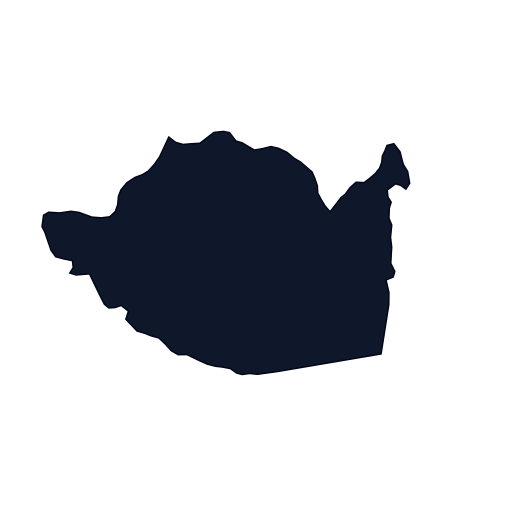 the district of Prata, Paraíba, Brazil, rotated 61°
{"feature_id": "56859067B2509544079783", "entity_name": "Prata", "entity_type": "district", "adm_level": 2, "iso_a3": "BRA", "parent_name": "Brazil", "parent_adm1": "Paraíba", "projection": "orthographic", "projection_center": [-37.099, -7.688], "detail": "fine", "context": "isolated", "style": "filled", "palette": "ink", "viewbox_px": 512, "rotation_deg": 61, "n_neighbors": 0, "source": "geoboundaries", "source_scale": "gbopen_adm2", "svg_char_len": 1597}
<svg xmlns="http://www.w3.org/2000/svg" viewBox="0 0 512 512"><g transform="rotate(61 256 256)"><path d="M224.6,81.0L222.8,87.8L226.3,92.0L229.8,97.0L235.1,100.7L239.2,105.5L241.8,112.0L243.3,119.3L244.2,125.9L240.0,132.7L241.8,140.6L245.2,147.9L246.1,153.3L250.6,163.6L253.2,169.8L245.9,171.3L239.2,171.6L231.0,171.5L224.3,168.3L216.6,166.9L209.7,166.2L202.3,169.0L195.7,171.3L189.4,175.1L180.4,178.6L172.8,184.0L167.5,189.9L165.2,198.4L162.5,206.1L156.4,209.7L150.3,213.2L145.7,217.8L135.3,219.3L131.2,224.2L127.5,232.9L130.2,250.4L126.1,258.9L123.1,265.7L117.5,271.3L109.7,274.6L122.5,292.2L126.5,300.3L129.5,309.1L129.8,315.9L128.6,323.8L129.3,333.3L132.7,342.1L137.1,347.4L144.1,352.1L148.9,357.5L150.8,364.9L147.6,372.8L142.4,380.7L132.1,389.6L127.2,396.1L123.1,406.9L117.2,416.1L117.3,422.0L126.5,428.9L132.5,429.1L151.7,432.5L159.6,431.5L165.3,425.6L171.1,418.8L177.5,421.5L180.6,427.1L185.3,422.7L190.9,410.3L213.4,411.6L224.6,412.0L230.1,409.9L232.7,404.4L233.9,397.9L242.4,394.3L248.2,400.5L258.2,397.9L264.0,396.4L269.6,390.8L274.8,386.6L280.6,380.7L288.8,378.1L297.8,376.0L304.6,371.9L308.7,364.3L315.4,359.5L320.1,356.2L326.8,351.2L332.7,345.0L336.5,339.7L342.0,333.0L349.0,329.7L352.9,325.6L355.7,318.5L360.2,312.0L367.5,293.1L402.3,194.1L362.9,163.4L352.3,157.4L340.0,153.9L340.9,146.2L336.8,142.1L327.8,141.7L319.5,136.5L314.0,133.0L304.9,129.3L294.8,122.3L287.4,121.4L278.6,116.1L274.5,111.7L268.5,112.0L262.0,109.3L260.5,99.0L264.4,95.2L270.2,92.5L266.9,86.3L255.6,82.4L247.3,82.8L241.8,81.4L234.7,79.5L224.6,81.0Z" fill="#0f172a" stroke="#020617" stroke-width="1.5"/></g></svg>